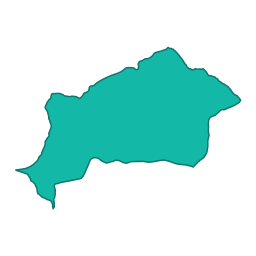 Butula, Western, Kenya (Robinson projection)
{"feature_id": "3690345B92166802171620", "entity_name": "Butula", "entity_type": "district", "adm_level": 2, "iso_a3": "KEN", "parent_name": "Kenya", "parent_adm1": "Western", "projection": "robinson", "projection_center": [34.286, 0.344], "detail": "fine", "context": "isolated", "style": "filled", "palette": "teal", "viewbox_px": 256, "rotation_deg": 0, "n_neighbors": 0, "source": "geoboundaries", "source_scale": "gbopen_adm2", "svg_char_len": 5690}
<svg xmlns="http://www.w3.org/2000/svg" viewBox="0 0 256 256"><path d="M173.2,49.2L172.6,49.2L171.9,49.0L171.3,48.5L170.6,48.5L169.6,48.3L168.8,48.0L168.1,47.5L167.4,48.1L167.0,48.6L166.2,49.3L164.5,49.9L163.5,50.2L161.9,50.8L160.8,51.2L158.2,51.8L157.6,52.0L156.9,52.2L155.2,52.7L154.3,53.2L153.7,53.9L153.3,54.6L153.1,55.3L150.2,57.6L149.5,58.0L148.5,58.4L147.7,58.6L146.6,58.7L145.5,58.8L144.8,59.0L143.9,59.5L143.0,60.2L142.2,60.7L141.5,60.9L140.6,61.0L139.8,61.4L139.0,62.1L138.7,63.0L138.1,63.8L138.2,64.7L138.5,65.7L138.5,66.8L138.4,67.9L138.4,68.6L137.9,69.2L137.1,69.5L136.4,69.6L135.6,69.5L134.6,68.7L133.9,68.1L132.8,67.8L131.7,67.7L129.6,67.6L128.6,67.6L127.6,67.6L126.7,67.8L125.7,68.2L125.0,68.7L124.5,69.2L123.7,69.8L122.8,70.5L121.9,71.2L121.1,71.7L120.3,72.1L119.3,72.5L117.9,73.2L117.1,73.4L116.2,73.8L115.0,74.2L113.5,74.7L111.6,75.3L110.8,75.6L109.4,76.3L108.4,76.7L105.9,77.9L104.1,78.7L103.1,79.2L99.9,81.0L98.7,81.8L97.2,82.6L95.6,83.9L94.3,85.1L93.6,85.7L92.8,85.8L91.7,85.8L90.9,86.0L90.1,86.5L89.5,87.1L89.2,87.8L89.0,89.6L88.7,90.5L88.2,91.1L87.5,91.8L86.4,92.3L85.3,92.6L84.6,92.9L84.0,93.4L83.4,94.2L82.8,95.3L82.1,96.3L81.2,97.2L80.4,98.0L79.7,98.2L78.9,98.1L78.2,97.8L77.4,97.3L76.5,96.8L75.7,96.6L73.8,96.4L72.9,96.2L71.8,96.2L71.0,96.4L69.9,96.6L68.7,96.6L67.6,96.3L66.5,96.2L65.3,96.0L64.6,95.8L63.9,95.5L63.3,94.9L62.6,94.5L60.9,94.0L60.2,93.6L59.5,93.4L57.7,93.4L56.6,93.4L55.3,93.6L54.2,93.6L52.7,93.5L51.6,94.2L51.3,95.4L51.0,96.2L50.9,97.3L50.6,98.3L49.9,99.1L49.2,99.6L48.6,100.3L47.5,101.9L47.0,102.7L46.7,103.5L46.3,104.5L45.8,105.4L45.4,106.3L45.1,107.1L45.3,107.9L45.7,108.9L46.5,109.9L47.1,111.0L47.6,111.8L47.8,112.6L47.9,113.5L48.7,116.1L48.8,117.0L48.7,118.6L49.1,119.5L49.8,120.5L49.9,121.9L50.4,123.0L50.8,123.8L51.1,125.1L51.2,126.4L51.1,127.4L50.8,128.3L49.9,130.6L49.5,131.7L49.0,132.7L48.8,133.8L49.0,134.8L49.1,135.7L48.7,136.5L48.2,137.2L47.6,137.7L47.1,138.4L45.9,140.4L45.3,141.4L45.2,142.5L45.2,143.6L45.1,144.7L44.4,146.5L44.0,147.5L43.6,148.5L42.7,150.3L42.2,151.7L41.7,152.8L41.6,153.6L41.4,154.7L40.6,155.4L39.9,156.0L39.2,156.8L38.8,157.5L38.5,158.5L38.0,159.7L37.4,160.6L36.8,161.3L36.2,161.8L35.5,162.4L33.7,164.2L31.7,165.6L30.6,166.3L28.8,167.2L27.0,168.0L24.6,168.7L21.6,169.2L15.4,170.1L22.0,172.2L26.6,173.8L27.5,174.3L28.7,176.0L29.1,176.7L30.1,178.2L30.8,180.5L31.3,181.1L32.1,181.5L32.9,182.0L33.6,182.7L34.9,183.8L35.2,184.7L35.4,185.5L35.9,186.4L36.3,187.1L36.7,187.9L36.9,188.8L37.1,189.8L37.3,191.8L37.6,192.8L38.0,193.7L38.8,194.2L39.6,194.7L40.4,195.6L41.4,196.4L42.1,197.1L42.8,197.5L43.6,197.7L44.4,198.0L45.6,198.5L46.9,199.5L47.6,199.7L48.3,199.9L49.2,200.1L50.8,200.8L51.3,201.7L51.9,202.9L52.5,203.8L52.6,206.2L52.8,207.5L53.1,208.5L53.9,207.7L54.3,206.3L54.4,204.6L54.3,203.3L53.9,200.6L53.8,199.3L54.0,198.5L54.5,197.7L54.8,196.7L55.0,195.2L55.2,194.0L55.1,192.9L55.2,191.5L55.3,190.4L55.3,189.6L54.8,188.5L54.5,187.6L54.3,185.7L54.9,184.1L55.8,183.8L56.8,183.7L57.7,183.6L58.9,183.1L60.6,182.6L61.4,182.4L66.7,181.4L74.4,179.9L79.0,178.9L79.9,178.7L81.0,178.4L82.3,177.1L82.9,176.4L83.8,174.8L84.3,173.9L84.8,172.9L86.6,168.7L88.2,165.0L88.7,163.9L89.6,161.5L90.5,159.6L91.2,159.0L92.3,158.4L93.2,157.9L94.0,157.7L95.6,157.7L96.9,157.9L97.7,158.1L98.5,158.5L99.4,159.0L100.8,160.3L101.6,160.9L103.0,161.6L105.4,162.7L106.4,163.0L107.3,162.9L108.5,162.6L109.7,162.2L110.6,161.8L112.1,161.6L112.9,161.6L113.5,161.3L114.3,160.7L115.0,160.3L115.9,160.3L117.3,160.3L118.6,160.5L119.6,160.8L120.6,161.2L121.8,161.8L122.6,162.2L123.2,162.6L125.7,163.1L126.7,163.1L128.1,162.7L129.9,162.0L130.9,161.7L131.6,161.6L135.9,161.5L143.4,161.4L144.1,161.5L145.2,161.7L146.3,162.0L147.5,162.1L149.7,162.1L150.5,162.1L151.5,162.0L153.8,161.6L157.9,160.9L159.9,160.5L162.1,160.2L164.1,160.1L165.0,160.2L166.5,160.5L169.0,161.3L170.9,161.9L173.5,162.8L175.6,163.6L178.7,164.2L180.0,164.4L183.3,164.7L185.0,164.8L185.8,164.9L187.0,165.2L189.0,165.7L191.0,166.2L192.3,166.7L193.2,167.0L196.1,163.9L196.9,163.1L197.7,162.3L198.3,161.8L199.1,161.3L199.9,160.3L200.9,159.7L201.5,159.3L202.1,158.8L203.0,158.2L203.7,157.6L204.1,157.1L204.6,156.4L205.9,154.4L206.6,152.9L207.0,151.8L207.2,149.9L207.5,148.6L207.7,147.4L207.8,146.1L207.8,145.3L207.8,141.8L207.8,140.9L208.0,139.8L208.2,138.7L208.6,137.2L208.9,136.0L209.0,135.0L208.9,134.2L208.8,133.4L208.4,132.5L208.4,130.6L208.4,128.2L208.5,127.3L208.5,125.4L208.4,123.6L208.6,120.7L209.0,119.2L209.6,118.3L210.1,117.6L211.0,116.9L212.1,116.5L213.2,115.9L214.4,115.6L215.3,115.1L218.9,111.9L220.8,110.1L221.8,109.6L223.0,109.7L223.8,109.8L224.5,109.6L228.0,108.1L233.3,105.9L234.6,105.3L237.1,103.8L238.6,102.8L239.4,102.1L240.1,101.1L240.6,100.2L240.2,99.5L238.8,97.8L237.7,96.6L237.1,95.8L236.1,95.3L235.1,94.9L234.2,94.2L233.3,93.4L232.3,92.4L231.9,91.5L231.2,90.8L230.7,89.7L230.1,89.1L229.5,88.4L228.8,87.7L228.2,86.8L227.5,86.3L225.5,85.1L223.9,84.0L222.9,83.6L222.2,83.3L221.7,82.8L220.9,82.2L219.9,81.6L219.0,81.1L218.4,80.4L217.8,79.3L217.1,78.7L216.5,78.6L215.8,78.0L215.3,77.4L214.5,76.9L213.7,76.8L212.9,76.4L212.0,76.2L211.0,75.8L210.1,75.9L209.2,75.6L208.4,75.3L207.6,74.3L207.2,73.3L206.7,72.7L206.3,72.1L205.9,71.5L205.4,70.8L204.6,70.1L203.7,69.5L203.1,68.8L202.3,68.9L201.3,69.3L199.9,69.1L199.1,69.0L198.3,69.2L197.5,69.2L196.6,69.1L195.6,68.7L194.7,68.9L194.2,69.5L193.7,69.9L192.8,70.0L192.2,69.9L191.4,69.3L190.4,68.8L189.4,68.7L188.4,68.4L187.7,67.4L186.7,66.6L186.4,65.5L185.9,64.8L185.1,64.1L184.7,63.1L183.9,62.3L183.3,61.2L182.7,60.2L182.3,59.5L181.8,58.8L181.0,58.0L180.4,57.3L179.9,56.5L179.3,55.6L178.5,54.8L177.6,53.7L176.9,52.9L175.7,51.5L175.2,51.0L174.6,50.5L173.8,50.1L173.2,49.2Z" fill="#14b8a6" stroke="#0f766e" stroke-width="1.5"/></svg>